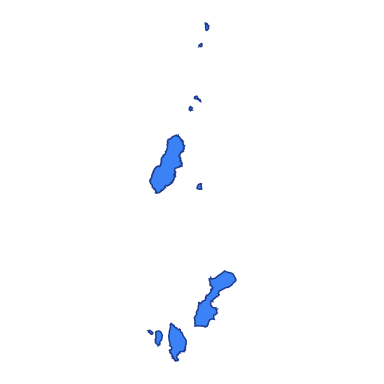 the district of Batanes, Batanes, Philippines
{"feature_id": "2640588B23864872837062", "entity_name": "Batanes", "entity_type": "district", "adm_level": 2, "iso_a3": "PHL", "parent_name": "Philippines", "parent_adm1": "Batanes", "projection": "robinson", "projection_center": [121.895, 20.691], "detail": "fine", "context": "isolated", "style": "filled", "palette": "blue", "viewbox_px": 384, "rotation_deg": 0, "n_neighbors": 0, "source": "geoboundaries", "source_scale": "gbopen_adm2", "svg_char_len": 6076}
<svg xmlns="http://www.w3.org/2000/svg" viewBox="0 0 384 384"><path d="M176.2,135.0L174.7,136.0L172.8,136.5L170.2,138.9L168.3,139.4L167.5,141.1L167.5,142.3L167.8,142.7L167.5,142.8L167.6,144.1L167.2,144.6L167.6,147.1L166.1,151.5L165.7,151.6L165.9,151.9L165.3,153.7L164.3,154.8L163.4,155.1L163.2,156.2L162.9,156.1L162.6,157.0L161.6,158.0L161.2,159.9L161.5,161.3L161.3,161.2L161.4,161.8L160.6,163.7L161.0,164.8L160.6,165.3L160.0,165.4L159.7,166.6L158.0,166.0L156.9,167.0L156.2,166.9L156.0,167.8L155.0,168.3L155.0,168.8L154.3,169.3L154.2,170.0L153.4,171.0L153.6,172.2L153.1,172.1L152.5,174.1L152.0,174.5L152.1,175.6L151.8,175.7L151.7,177.4L150.9,178.4L150.8,179.2L150.6,179.1L149.9,180.0L149.8,180.7L150.2,181.0L149.9,181.1L150.0,182.0L151.0,183.9L152.3,185.3L152.3,187.1L152.9,187.2L153.6,188.8L154.7,188.8L154.6,189.1L155.0,189.2L154.9,189.9L155.8,190.4L155.7,190.8L156.0,191.3L155.5,192.4L155.6,192.9L156.7,193.1L159.4,192.5L161.1,191.2L161.0,190.8L161.4,191.0L161.9,190.2L162.5,190.2L162.5,189.8L163.6,189.4L163.5,189.0L164.8,187.5L164.8,187.0L165.2,187.2L165.0,186.7L165.6,185.7L166.0,185.5L167.2,186.0L168.0,185.1L168.8,185.3L169.4,184.5L170.3,184.3L170.9,183.4L170.8,183.0L171.5,183.1L171.4,182.8L172.3,182.2L172.1,182.0L172.6,181.8L172.6,181.1L173.1,181.0L173.1,180.3L173.4,180.4L173.6,179.6L174.0,179.4L173.8,178.3L174.1,177.6L174.7,177.4L174.6,176.7L174.9,176.9L175.0,176.4L174.6,176.0L175.0,176.0L174.7,175.6L175.2,175.6L174.9,175.1L175.2,174.4L174.9,174.3L175.2,174.1L174.4,173.4L175.6,172.7L175.4,172.5L175.4,171.5L175.0,171.4L174.6,170.5L175.0,168.3L177.5,167.6L177.7,167.2L178.8,167.3L179.7,166.5L180.0,166.6L180.1,166.0L181.0,166.1L180.8,165.5L181.2,164.9L181.8,165.5L181.7,164.8L182.2,163.9L181.7,163.2L181.8,162.3L180.1,161.7L180.2,160.8L180.9,160.4L180.3,159.6L180.8,158.6L180.7,158.2L180.1,157.8L180.1,157.4L179.8,157.6L179.3,157.2L178.8,156.1L179.8,155.2L179.7,154.4L180.5,153.6L180.6,152.5L181.2,152.0L181.3,152.2L181.5,152.3L181.7,151.7L182.9,151.7L183.5,151.1L182.9,150.6L182.9,149.9L184.0,149.2L184.1,148.5L183.7,148.1L184.0,147.7L183.6,147.3L184.1,146.6L184.1,145.8L183.7,145.4L184.1,145.4L183.0,144.5L183.3,143.7L182.6,142.4L183.1,141.7L182.7,141.5L183.1,141.4L182.1,140.3L181.3,140.1L181.6,139.6L180.2,138.6L179.9,137.4L178.0,136.0L178.1,135.5L177.3,136.2L176.2,135.0ZM216.0,307.9L213.4,307.9L211.6,306.3L210.7,304.6L210.6,302.7L211.0,301.2L211.5,301.3L211.8,300.9L212.6,301.4L212.4,300.5L212.7,299.8L213.5,299.4L213.6,298.8L214.6,298.3L214.7,297.9L215.1,298.0L216.2,296.8L217.4,296.6L218.5,295.1L218.9,295.1L219.2,294.5L218.2,293.4L219.2,291.2L226.1,287.5L228.5,287.3L230.9,285.4L231.5,285.4L232.1,284.3L233.7,282.5L235.8,280.8L235.9,279.5L235.4,278.7L235.4,278.0L235.0,277.8L233.3,274.4L232.1,273.5L229.8,272.6L227.7,272.4L224.6,271.0L221.2,273.8L218.6,275.3L215.4,278.1L212.1,279.0L211.6,278.8L210.9,277.8L210.9,278.6L209.2,278.8L209.4,280.7L210.2,282.1L210.1,283.3L210.4,283.8L210.1,284.3L210.5,284.5L210.1,285.0L210.9,285.5L211.3,286.4L212.4,287.1L212.6,287.3L212.2,287.6L212.6,287.4L212.8,287.8L212.2,288.8L211.8,288.9L211.9,289.2L210.8,289.5L210.8,290.2L211.4,290.3L211.3,290.9L209.1,294.1L207.8,295.1L206.9,295.0L206.3,295.5L206.3,296.5L205.7,297.0L205.9,297.5L205.6,297.5L205.6,298.0L205.9,297.5L206.1,297.8L205.4,298.5L205.5,299.9L204.0,300.8L203.1,300.9L201.7,302.1L201.4,302.8L200.9,302.9L200.5,303.6L199.0,302.4L198.6,302.8L198.9,304.2L198.4,305.9L198.2,308.9L196.8,311.2L196.3,312.7L196.8,314.0L194.3,317.6L195.1,321.3L195.0,323.0L194.8,323.1L195.1,325.1L194.8,326.7L195.3,326.0L196.5,325.7L203.9,326.2L204.9,327.0L205.7,326.9L206.1,326.3L207.0,326.3L206.9,325.8L207.4,325.0L207.9,324.9L208.5,322.1L209.9,319.8L211.9,318.9L214.2,319.3L213.7,318.3L213.7,315.2L214.3,314.6L215.3,314.8L217.2,313.0L216.7,312.0L216.8,311.4L216.3,310.0L217.1,309.3L216.0,309.3L215.8,308.8L216.0,307.9ZM171.0,323.4L170.1,325.1L170.5,325.6L170.4,327.7L169.3,331.6L169.3,333.8L168.7,335.7L169.2,340.3L170.0,343.3L170.1,345.7L169.9,345.8L171.3,346.8L171.8,348.2L171.4,349.4L170.6,350.0L169.7,349.9L169.5,350.4L170.0,350.6L169.7,350.8L170.1,351.3L169.9,351.7L170.0,352.6L170.8,352.7L170.6,353.1L171.9,354.8L172.3,355.6L172.1,355.9L172.6,356.2L172.2,356.6L173.1,357.1L172.8,357.7L173.3,357.5L173.2,358.2L173.5,358.7L174.2,358.8L174.7,360.2L175.1,360.1L175.7,361.0L176.1,360.6L177.1,360.8L177.7,360.0L178.2,360.2L178.3,359.5L178.0,359.6L177.4,358.9L176.5,356.9L177.5,354.9L178.2,354.7L178.0,354.2L179.0,353.1L179.8,353.0L179.4,352.5L180.1,351.7L183.0,351.5L183.8,351.1L184.1,351.5L184.6,350.6L184.3,350.5L184.4,350.0L185.2,350.0L184.9,349.4L185.3,349.1L185.0,348.3L185.6,347.4L185.1,346.9L186.1,344.4L186.1,340.2L183.2,335.9L182.0,332.7L180.5,331.6L180.3,329.8L179.4,329.1L178.8,329.7L177.6,329.2L176.4,327.7L175.7,327.8L174.0,326.3L174.2,325.8L173.9,325.4L173.7,325.7L173.3,325.6L171.8,323.8L171.0,323.4ZM159.0,331.0L156.7,331.4L155.8,331.9L156.0,337.5L155.7,339.2L155.1,339.8L155.7,340.8L155.3,342.1L156.0,343.2L158.0,345.0L158.1,345.7L158.8,345.0L159.6,344.9L160.0,343.4L159.7,342.3L160.2,341.3L161.5,339.9L162.4,335.3L160.9,332.3L160.2,331.5L159.0,331.0ZM201.1,183.6L199.8,183.9L199.3,184.5L198.7,184.4L198.3,184.8L198.0,185.7L197.5,186.1L197.0,188.4L199.3,189.3L201.7,189.1L201.0,184.9L201.4,183.9L201.1,183.6ZM205.3,23.0L205.3,24.1L205.7,24.7L205.6,27.5L206.1,30.3L206.4,30.4L207.4,30.0L208.6,28.4L208.3,26.9L208.7,26.2L208.3,26.2L208.2,25.4L207.4,24.7L207.5,24.1L207.1,23.8L206.7,24.0L205.9,23.1L205.3,23.0ZM196.6,96.1L194.6,96.9L194.4,98.2L194.9,98.7L196.9,98.8L198.3,99.8L198.8,99.8L199.9,100.7L200.0,101.3L200.7,101.5L200.1,99.7L199.3,99.3L198.9,99.4L197.7,97.9L197.1,96.3L196.6,96.1ZM149.9,330.3L149.3,330.3L149.0,331.0L148.1,330.9L148.7,332.2L150.9,333.6L151.2,334.3L152.3,334.1L152.8,333.4L152.8,332.6L149.9,330.3ZM190.3,106.5L189.3,108.0L189.7,108.9L189.7,109.5L189.3,109.7L190.1,110.5L190.7,110.2L190.9,110.5L191.4,109.8L192.0,109.9L191.7,109.5L192.0,108.3L192.4,108.0L190.3,106.5ZM201.5,43.5L199.3,45.0L199.0,45.5L199.4,46.2L199.2,46.5L199.9,46.3L201.0,46.7L201.8,46.3L202.0,44.0L201.5,43.5Z" fill="#3b82f6" stroke="#1e3a8a" stroke-width="1.5"/></svg>